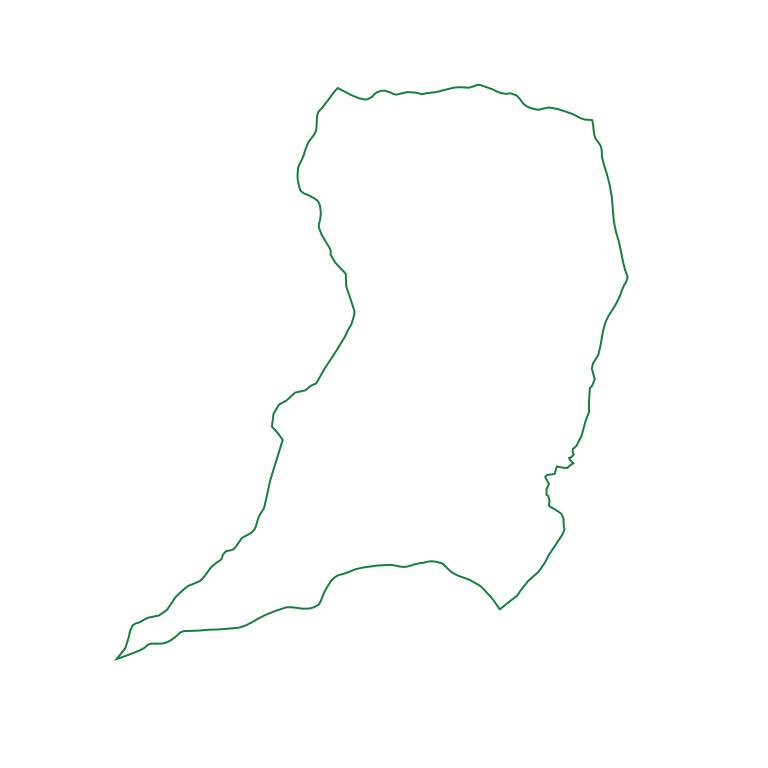 Dopshari, Paro, Bhutan (orthographic projection), rotated 278°
{"feature_id": "84629894B98882308612415", "entity_name": "Dopshari", "entity_type": "district", "adm_level": 2, "iso_a3": "BTN", "parent_name": "Bhutan", "parent_adm1": "Paro", "projection": "orthographic", "projection_center": [89.434, 27.456], "detail": "fine", "context": "isolated", "style": "outline", "palette": "green", "viewbox_px": 768, "rotation_deg": 278, "n_neighbors": 0, "source": "geoboundaries", "source_scale": "gbopen_adm2", "svg_char_len": 4364}
<svg xmlns="http://www.w3.org/2000/svg" viewBox="0 0 768 768"><g transform="rotate(278 384 384)"><path d="M670.7,297.0L666.4,294.1L662.1,291.7L657.2,289.1L653.2,286.7L649.2,284.6L644.8,281.4L641.0,280.4L636.1,280.7L631.2,281.3L626.7,281.5L622.8,280.8L620.3,279.6L616.0,277.2L613.7,275.8L610.3,274.8L605.1,273.5L599.2,272.6L594.5,271.4L590.7,269.9L586.3,268.9L580.6,269.1L576.1,269.7L571.5,271.0L566.9,272.9L564.2,274.2L562.8,275.9L561.5,278.5L560.5,282.9L559.0,286.9L557.9,289.6L556.5,292.4L554.8,294.0L552.0,295.6L548.6,296.7L544.4,297.7L538.7,297.9L535.3,297.6L532.8,297.3L530.0,297.7L523.1,301.5L516.1,307.1L512.5,310.1L509.9,312.0L507.3,313.0L504.8,313.0L497.6,318.6L487.8,330.8L475.2,333.1L463.5,339.0L451.6,344.8L447.5,344.8L438.5,343.4L431.8,340.6L425.4,338.7L411.2,332.6L402.8,328.7L390.5,322.9L375.2,316.8L372.4,312.3L366.8,307.0L363.1,297.2L354.1,289.7L349.1,283.0L339.3,278.8L326.2,278.9L320.4,285.9L314.6,291.5L273.3,284.8L246.2,282.7L243.8,282.2L240.7,280.9L238.8,279.8L234.0,278.2L230.0,277.6L225.1,276.9L221.9,275.9L218.5,273.6L215.0,269.1L211.9,264.9L209.7,263.6L207.6,262.6L201.3,259.4L199.1,257.6L198.0,255.4L196.5,250.8L192.3,248.1L188.6,247.7L186.6,246.4L184.8,244.1L180.3,239.8L177.5,237.7L174.1,235.9L170.2,233.9L165.3,230.8L163.3,229.2L160.1,223.9L156.9,218.4L154.8,216.1L148.9,211.1L144.1,207.3L141.1,205.8L138.8,204.9L135.1,202.9L130.7,200.9L127.7,198.1L125.9,196.0L123.5,193.4L121.2,187.2L119.9,183.3L118.0,180.2L115.9,177.6L113.6,174.4L112.3,171.4L110.1,168.7L104.8,167.0L98.0,166.5L86.5,164.7L74.6,157.6L77.7,164.1L85.3,177.6L87.4,180.9L89.7,183.8L93.1,186.7L94.7,190.0L95.0,194.0L96.0,199.9L97.0,203.1L98.5,205.6L99.9,207.8L104.1,212.3L109.9,217.2L111.5,220.4L113.0,229.2L114.0,234.7L116.5,245.8L117.4,251.5L118.6,257.4L120.0,263.9L121.7,270.7L122.6,274.5L125.7,280.8L130.1,287.0L133.7,291.4L139.3,299.5L141.3,303.0L144.0,307.8L148.5,316.7L149.5,319.4L150.0,323.2L150.1,325.5L150.2,335.2L150.8,338.5L151.3,341.6L153.4,346.1L156.2,349.9L160.0,351.5L162.9,352.2L167.2,353.3L170.4,354.1L175.4,356.1L179.8,358.1L182.2,359.3L184.7,361.3L186.9,363.4L188.5,365.7L190.4,370.4L193.8,376.8L196.6,381.6L199.1,388.1L200.1,391.4L201.3,395.5L203.5,403.5L204.3,408.0L205.5,413.9L205.9,416.1L205.8,419.6L205.4,426.2L205.9,430.7L206.8,433.3L209.5,439.1L211.3,443.7L212.7,448.6L214.0,451.8L215.1,455.6L215.2,459.6L214.7,465.7L213.5,468.3L211.5,470.7L208.5,474.9L206.9,477.5L205.4,481.4L204.1,485.6L203.3,489.8L202.1,495.7L199.5,502.3L197.4,507.5L194.3,511.7L191.1,515.5L188.9,518.5L184.3,523.3L177.0,530.0L181.9,534.7L186.0,538.5L187.6,540.1L191.1,543.6L192.8,545.3L198.3,547.9L209.1,554.2L211.6,556.4L219.7,563.3L229.3,568.1L231.8,569.0L234.9,570.1L238.0,571.2L247.5,575.8L256.2,579.9L259.4,581.5L265.3,583.0L267.6,581.9L270.8,581.4L275.7,580.5L278.2,579.0L280.4,577.3L281.6,575.0L282.6,572.9L283.8,570.6L284.9,567.0L286.5,564.1L290.7,564.3L293.0,563.5L296.0,562.3L296.9,560.3L299.5,560.0L302.4,559.5L307.7,561.3L310.8,559.2L314.3,556.6L316.4,557.8L318.7,565.5L323.1,566.1L326.3,566.6L326.1,570.6L326.1,574.2L326.4,577.4L328.8,579.0L331.8,582.5L334.1,579.2L336.4,577.6L337.5,579.6L340.6,581.7L343.2,580.2L345.8,580.1L349.5,583.2L360.4,586.9L375.0,588.7L379.0,589.6L384.9,590.9L395.0,589.5L408.6,588.4L410.3,589.9L414.3,591.2L418.1,592.0L428.1,587.7L433.4,588.1L442.6,592.2L452.9,593.1L461.8,593.3L466.2,593.5L472.2,594.1L477.6,595.2L482.9,596.9L489.7,600.1L496.3,602.9L503.8,605.3L509.1,606.4L514.4,607.7L519.4,609.8L523.7,610.4L531.3,606.5L536.7,604.3L550.0,599.6L557.0,597.1L566.6,592.7L573.1,590.3L579.5,588.4L589.3,586.2L600.1,583.8L612.5,579.8L622.2,575.8L632.7,570.9L639.4,568.2L642.9,567.6L645.7,567.1L649.5,565.6L651.4,564.3L654.3,561.3L656.3,559.5L659.4,557.8L664.0,556.4L668.3,555.4L674.3,553.5L673.8,546.3L674.5,542.0L675.6,538.9L677.6,533.1L679.1,525.7L680.5,517.6L680.8,508.9L678.3,501.7L677.0,498.9L677.2,494.3L677.8,490.0L678.9,486.4L681.1,482.9L685.4,478.6L688.2,475.1L688.7,472.9L689.5,468.8L688.2,464.3L688.5,458.9L689.5,454.5L690.8,450.9L692.2,444.4L693.4,438.1L693.4,435.2L691.3,431.4L689.3,427.2L688.4,417.2L687.3,412.2L685.2,406.9L680.4,395.2L677.6,384.8L676.3,381.7L676.5,378.7L677.0,375.2L676.3,366.5L673.9,360.1L672.2,355.7L672.5,353.0L673.6,349.5L674.6,343.8L673.7,339.8L671.8,336.4L669.9,334.3L667.1,332.6L664.0,328.6L663.0,325.6L663.5,319.5L665.6,311.1L670.7,297.0Z" fill="none" stroke="#15803d" stroke-width="2"/></g></svg>